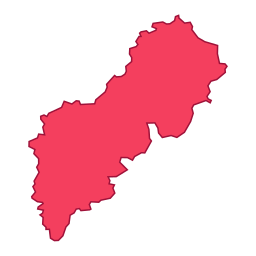 Itambacuri, Minas Gerais, Brazil (orthographic projection)
{"feature_id": "56859067B80184588118142", "entity_name": "Itambacuri", "entity_type": "district", "adm_level": 2, "iso_a3": "BRA", "parent_name": "Brazil", "parent_adm1": "Minas Gerais", "projection": "orthographic", "projection_center": [-41.849, -18.177], "detail": "medium", "context": "isolated", "style": "filled", "palette": "rose", "viewbox_px": 256, "rotation_deg": 0, "n_neighbors": 0, "source": "geoboundaries", "source_scale": "gbopen_adm2", "svg_char_len": 1805}
<svg xmlns="http://www.w3.org/2000/svg" viewBox="0 0 256 256"><path d="M38.6,158.6L38.7,163.8L36.7,167.2L39.1,172.3L34.1,181.1L35.0,184.0L32.9,186.6L35.5,192.0L31.7,196.6L32.1,198.2L37.4,201.7L42.5,202.4L43.1,203.6L38.2,207.0L37.7,209.0L43.4,210.2L42.5,213.3L40.0,214.9L43.1,217.4L42.7,224.1L46.0,227.2L46.0,229.4L49.4,229.3L50.5,238.2L54.4,240.6L58.4,240.4L62.9,235.8L65.9,227.0L69.0,223.5L70.1,215.2L74.1,212.9L76.2,209.1L79.4,208.6L80.9,210.6L89.7,209.8L90.9,209.1L89.3,204.5L90.9,201.8L98.8,202.2L100.9,200.2L110.3,198.2L114.8,193.1L112.9,188.1L114.4,184.9L109.1,183.8L109.9,180.7L108.1,176.8L116.3,176.6L127.3,169.8L119.7,162.2L121.1,157.5L127.5,157.6L132.5,160.2L134.6,156.5L141.5,152.7L144.8,152.9L151.4,141.0L149.5,138.4L148.9,129.4L146.8,123.1L154.9,122.9L157.9,128.0L158.6,133.0L162.3,137.5L171.1,135.5L176.9,137.4L184.4,132.3L190.6,121.5L193.2,113.3L191.9,108.2L193.7,104.9L206.0,100.5L210.2,102.8L211.2,100.4L208.1,98.9L207.0,96.4L210.1,91.7L207.9,85.8L210.9,81.2L216.8,79.5L225.3,72.4L225.0,69.2L227.0,66.3L225.0,63.9L219.5,63.4L217.4,53.8L217.6,45.5L204.7,41.7L198.0,37.8L191.8,29.6L192.5,26.6L190.2,22.3L184.6,23.1L179.0,18.1L178.6,15.4L175.5,16.6L174.6,20.6L169.9,23.8L166.5,24.0L162.8,22.0L153.1,23.4L152.0,26.8L156.4,28.6L155.9,30.3L149.0,33.2L146.4,30.8L141.0,31.9L139.6,33.2L141.0,36.4L139.0,36.5L135.9,41.5L137.9,44.5L136.2,46.6L129.8,48.6L129.5,54.0L131.7,57.6L131.6,61.6L125.8,66.4L126.3,71.3L124.9,74.2L121.3,76.5L116.4,76.9L114.6,75.5L106.6,84.3L107.2,87.1L105.2,91.9L95.8,99.8L94.7,103.8L80.5,104.5L79.1,101.1L76.2,100.8L71.9,104.0L64.2,101.3L61.6,107.4L48.8,113.3L46.9,116.5L44.0,115.0L40.7,116.3L40.8,119.2L44.6,124.0L42.8,127.1L44.6,134.8L38.7,134.1L37.5,137.9L29.1,141.5L29.0,146.5L34.9,149.5L33.9,153.7L38.6,158.6Z" fill="#f43f5e" stroke="#9f1239" stroke-width="1.5"/></svg>